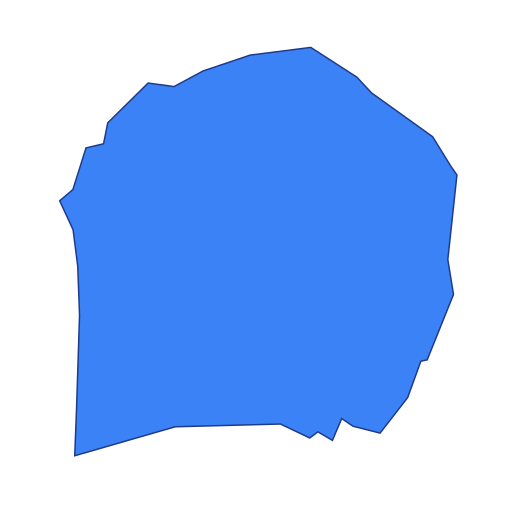 Warren, Tennessee, United States of America (Robinson projection), rotated 94°
{"feature_id": "52423323B22334465624474", "entity_name": "Warren", "entity_type": "district", "adm_level": 2, "iso_a3": "USA", "parent_name": "United States of America", "parent_adm1": "Tennessee", "projection": "robinson", "projection_center": [-85.78, 35.677], "detail": "fine", "context": "isolated", "style": "filled", "palette": "blue", "viewbox_px": 512, "rotation_deg": 94, "n_neighbors": 0, "source": "geoboundaries", "source_scale": "gbopen_adm2", "svg_char_len": 562}
<svg xmlns="http://www.w3.org/2000/svg" viewBox="0 0 512 512"><g transform="rotate(94 256 256)"><path d="M56.0,275.9L75.1,321.7L92.7,349.6L91.0,375.7L133.5,413.2L154.7,415.9L160.0,433.1L202.5,443.3L214.6,455.7L242.6,440.3L278.8,433.1L327.4,427.9L419.9,424.4L467.9,422.9L432.0,324.7L421.9,219.9L433.8,189.7L427.1,182.0L434.6,166.9L412.2,159.2L419.1,147.2L424.0,119.9L386.6,94.8L349.4,84.2L347.7,78.0L280.6,56.3L246.2,64.4L161.2,61.2L152.3,68.3L124.7,88.1L85.2,152.2L70.6,167.8L44.1,215.9L56.0,275.9Z" fill="#3b82f6" stroke="#1e3a8a" stroke-width="1.5"/></g></svg>